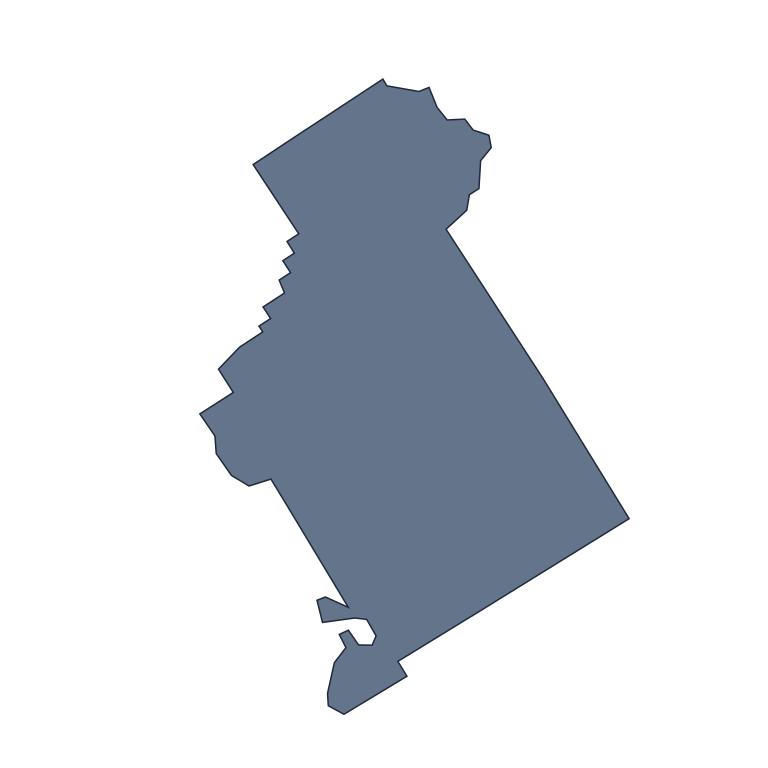 outline of Camden, Missouri, United States of America, rotated 236°
{"feature_id": "52423323B51801670345561", "entity_name": "Camden", "entity_type": "district", "adm_level": 2, "iso_a3": "USA", "parent_name": "United States of America", "parent_adm1": "Missouri", "projection": "albers", "projection_center": [-92.734, 38.036], "detail": "fine", "context": "isolated", "style": "filled", "palette": "slate", "viewbox_px": 768, "rotation_deg": 236, "n_neighbors": 0, "source": "geoboundaries", "source_scale": "gbopen_adm2", "svg_char_len": 903}
<svg xmlns="http://www.w3.org/2000/svg" viewBox="0 0 768 768"><g transform="rotate(236 384 384)"><path d="M299.5,518.9L477.6,522.0L481.8,549.8L493.2,560.6L492.9,572.0L515.1,589.0L520.0,605.1L531.6,610.1L544.7,599.9L558.4,599.1L567.6,584.0L583.6,582.7L604.7,587.2L607.0,576.5L629.6,553.1L637.4,553.6L638.8,439.8L639.1,398.2L556.2,397.3L556.4,383.3L542.6,382.8L542.8,369.1L528.6,368.8L528.8,355.2L515.1,352.4L515.5,326.8L501.7,326.6L501.9,312.7L495.0,312.6L495.3,284.8L488.9,255.1L461.3,254.3L462.2,214.6L435.5,214.8L420.1,206.0L393.4,206.4L374.9,215.1L368.4,237.1L336.4,235.6L218.8,229.5L240.2,216.3L242.2,207.5L220.7,199.7L206.3,229.0L198.5,238.0L179.6,236.6L174.1,228.1L181.9,217.0L199.8,216.8L201.4,206.9L186.7,205.0L180.7,187.0L159.1,164.2L148.4,157.9L132.6,166.1L128.9,239.6L146.3,240.4L141.8,344.5L141.3,358.6L135.3,511.9L299.5,518.9Z" fill="#64748b" stroke="#1e293b" stroke-width="1.5"/></g></svg>